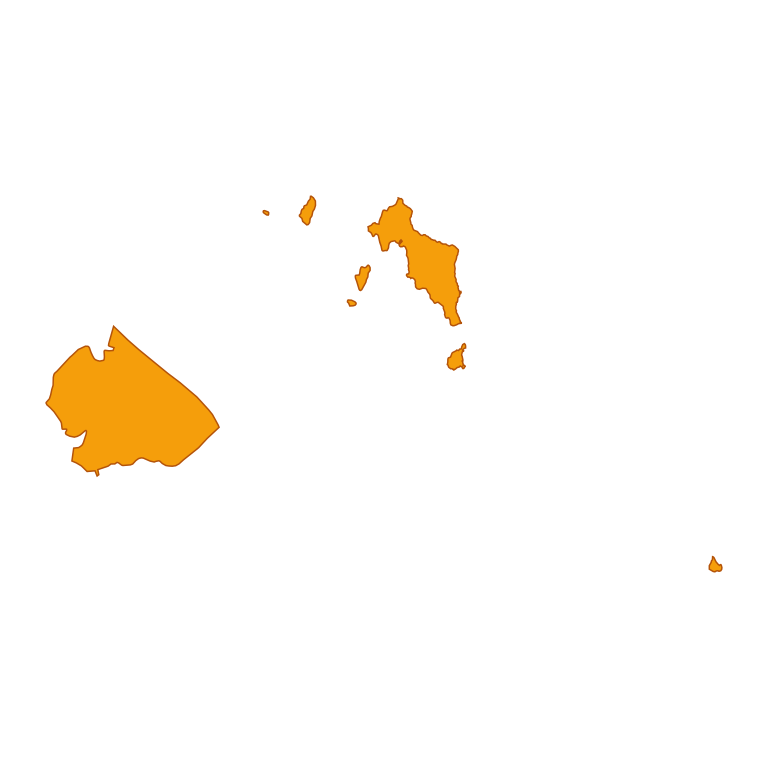 Hoi An, Quàng Nam, Vietnam
{"feature_id": "81297802B62948768430814", "entity_name": "Hoi An", "entity_type": "district", "adm_level": 2, "iso_a3": "VNM", "parent_name": "Vietnam", "parent_adm1": "Quàng Nam", "projection": "equal_earth", "projection_center": [108.484, 15.896], "detail": "fine", "context": "isolated", "style": "filled", "palette": "amber", "viewbox_px": 768, "rotation_deg": 0, "n_neighbors": 0, "source": "geoboundaries", "source_scale": "gbopen_adm2", "svg_char_len": 6080}
<svg xmlns="http://www.w3.org/2000/svg" viewBox="0 0 768 768"><path d="M73.7,448.1L71.9,461.0L76.3,462.9L81.4,465.9L87.1,471.5L95.0,470.8L97.1,476.0L98.8,474.7L97.8,469.6L108.2,466.1L111.0,464.0L114.9,463.9L117.0,462.4L118.5,462.8L121.6,465.1L122.9,465.5L130.3,464.9L132.7,464.0L135.8,460.6L138.7,458.5L141.2,457.9L143.3,458.1L150.2,461.1L154.2,462.0L156.2,461.3L158.8,460.8L160.0,461.3L162.3,463.5L165.8,465.5L168.9,466.0L172.3,466.2L175.7,465.7L179.1,463.8L183.5,459.8L198.6,447.7L207.2,438.4L219.1,427.3L218.0,424.7L212.4,414.5L208.7,409.9L196.9,397.0L180.2,382.8L167.8,373.4L139.0,349.8L127.8,340.0L113.6,326.3L108.8,343.4L108.5,345.4L109.1,346.1L114.0,347.7L113.1,350.5L109.0,350.8L105.0,350.3L104.4,350.6L104.1,351.6L104.4,356.7L104.3,358.1L104.1,359.5L103.6,360.3L99.8,361.1L97.5,360.6L95.2,359.6L94.0,358.4L92.5,355.7L91.0,352.4L89.4,347.8L88.5,346.6L87.8,346.3L85.4,346.2L78.3,349.5L72.0,355.5L70.0,357.2L57.0,371.2L54.5,373.4L53.8,375.0L53.3,377.4L53.1,385.3L51.8,389.5L50.7,394.8L49.4,398.8L46.2,402.4L46.1,403.1L46.9,404.8L50.3,407.8L54.0,411.7L60.6,421.2L61.4,423.0L62.1,428.8L62.6,429.2L66.1,429.1L66.6,429.3L66.7,430.1L66.4,431.0L65.7,432.1L65.5,433.1L66.1,434.4L69.8,436.2L74.3,437.1L77.2,436.4L80.2,434.9L85.3,430.6L86.0,430.5L86.5,431.1L86.2,434.0L83.4,442.6L82.3,444.8L80.5,446.4L78.6,447.6L73.7,448.1ZM399.5,198.8L399.0,198.1L398.2,197.9L398.3,198.7L396.0,204.1L394.8,205.1L392.3,206.4L389.6,206.8L388.6,207.9L387.4,210.3L386.9,210.8L384.2,210.1L383.2,210.4L382.5,212.0L381.3,216.5L380.5,217.9L379.3,221.3L378.9,224.2L375.9,223.7L375.0,222.7L372.9,223.4L371.4,225.2L368.0,226.8L368.4,228.5L368.4,230.9L370.9,232.6L372.0,234.4L372.7,236.1L373.0,236.4L373.7,236.4L375.5,234.1L376.2,234.0L377.6,234.7L378.3,235.6L379.8,242.4L381.1,246.1L381.8,249.5L382.1,250.5L383.0,251.0L385.3,250.5L386.8,250.6L387.3,250.2L388.5,247.8L388.7,245.4L389.3,243.2L391.0,241.6L394.6,240.8L395.0,240.9L396.1,242.3L398.6,243.6L399.2,243.2L399.8,241.1L401.0,239.9L402.1,241.2L401.5,242.1L401.2,241.7L400.9,241.9L400.2,243.7L399.2,244.0L399.1,244.9L399.7,246.2L400.7,246.8L402.6,246.6L403.5,246.0L405.0,246.7L405.5,247.5L406.7,250.2L406.8,252.7L406.5,255.3L407.8,257.6L408.1,258.7L408.7,263.9L408.2,265.3L408.3,266.4L408.7,268.3L408.5,269.6L409.2,271.9L408.6,273.9L407.1,274.0L406.6,274.5L406.5,275.4L406.7,275.8L407.9,277.2L408.6,277.0L410.7,277.8L410.8,278.4L411.8,277.9L412.9,278.1L414.7,279.5L415.4,281.5L415.1,283.0L415.5,284.4L415.6,286.9L417.2,288.8L419.4,289.3L422.6,288.2L425.8,288.5L426.8,289.7L427.9,292.1L429.7,294.3L430.1,295.6L430.2,297.4L430.5,298.4L432.8,300.5L434.3,302.9L434.7,303.2L435.5,303.1L436.9,302.4L438.2,302.3L443.0,306.1L443.4,306.8L443.3,308.3L444.7,312.0L444.9,313.4L444.6,314.4L445.4,317.1L445.8,317.7L446.7,318.1L447.3,318.1L448.0,317.6L449.0,318.1L450.1,320.4L450.3,323.2L450.8,324.8L452.7,325.7L454.0,325.7L456.6,324.8L458.5,323.7L461.3,323.3L461.3,322.5L460.3,322.2L460.3,321.2L459.4,319.3L459.2,317.9L458.6,317.0L457.3,314.0L456.4,312.5L456.2,311.8L456.5,310.9L455.7,308.8L455.8,306.1L456.4,304.3L456.2,302.9L456.5,302.3L457.2,302.3L457.6,301.2L457.9,297.8L459.5,296.5L459.6,294.1L460.3,293.9L461.1,292.7L460.9,291.5L460.4,291.5L459.6,292.2L459.5,291.0L458.7,290.5L458.0,287.2L458.3,286.2L457.4,285.2L457.3,283.7L456.0,281.6L456.1,279.4L454.7,276.2L455.1,273.3L454.6,272.6L455.1,268.5L454.4,264.5L454.7,263.0L456.1,259.7L456.6,257.6L456.7,256.3L457.7,254.6L457.9,252.9L458.4,251.3L458.3,249.8L454.8,246.4L452.4,245.0L451.2,245.2L449.3,246.1L446.7,244.8L446.0,244.1L442.4,244.0L442.1,243.5L441.2,243.3L440.4,242.2L439.1,241.6L437.5,242.3L436.5,241.8L434.9,240.2L433.5,240.3L432.9,239.8L431.0,239.4L430.7,238.6L430.3,238.2L429.4,238.0L428.0,236.5L426.2,235.9L425.2,234.8L423.7,234.7L422.4,235.5L420.8,235.2L418.5,232.9L417.5,231.6L414.0,230.2L413.2,229.2L412.5,227.3L412.1,225.3L410.9,224.0L410.8,222.6L409.9,219.1L410.1,218.1L411.2,216.5L411.3,215.0L411.7,214.2L412.3,211.2L410.4,208.7L408.5,207.4L407.5,207.2L406.7,206.1L405.0,205.3L402.9,203.3L402.7,200.2L401.6,198.9L401.1,198.6L399.5,198.8ZM465.6,348.0L465.6,346.1L465.4,344.9L464.9,344.1L464.3,343.6L462.7,344.6L461.7,347.0L461.3,348.7L461.0,349.0L459.6,349.1L458.6,350.5L456.7,350.1L456.1,350.8L452.5,352.6L452.0,353.2L450.5,357.1L448.4,357.9L447.9,359.0L447.8,362.2L447.3,364.6L448.0,365.1L448.5,366.8L448.9,367.4L450.8,368.8L452.0,368.7L453.7,370.0L454.0,369.9L454.0,369.4L454.6,369.5L455.4,369.1L457.1,367.6L459.5,366.9L460.0,366.1L460.3,366.0L461.5,366.8L462.0,366.8L462.4,368.0L462.9,368.6L463.6,368.5L464.2,367.9L464.5,367.1L465.2,366.5L465.2,366.2L464.3,365.3L463.1,365.6L463.2,364.0L462.8,363.3L462.7,362.1L462.2,361.4L462.3,360.8L462.8,360.9L462.9,360.0L462.1,356.0L461.7,355.6L461.7,354.3L462.3,351.9L463.5,351.2L463.6,350.7L462.7,350.3L462.8,349.7L464.3,348.3L465.6,348.0ZM306.8,224.9L308.2,224.5L309.6,222.6L310.2,218.4L311.9,215.9L312.8,211.5L314.4,209.0L315.5,205.4L315.4,201.0L313.4,197.8L311.2,196.2L310.5,196.3L310.1,199.2L308.4,201.1L306.7,204.9L304.4,205.8L304.0,206.4L303.6,208.5L302.2,209.2L301.8,209.8L301.3,211.0L300.8,213.6L299.4,215.2L299.5,216.2L301.9,218.4L302.7,221.4L306.8,224.9ZM370.1,267.7L369.2,265.9L368.3,265.2L367.6,265.4L366.2,267.1L365.5,267.5L364.3,267.7L362.0,266.8L361.5,267.0L361.0,267.4L360.2,269.6L359.7,273.4L359.1,275.0L355.8,275.3L355.4,275.7L355.3,276.6L355.5,278.1L356.7,281.3L359.1,289.3L359.7,290.2L360.6,290.5L361.8,289.6L365.8,282.3L366.5,279.4L367.8,277.0L368.2,273.1L370.1,270.4L370.1,267.7ZM718.2,564.4L716.0,561.8L714.0,557.7L713.4,557.0L712.6,556.7L712.4,559.7L711.4,561.0L711.2,562.3L709.3,565.7L709.3,569.2L713.2,571.5L714.9,571.8L716.5,570.9L717.8,570.8L718.7,571.2L719.6,571.2L720.8,570.7L721.7,569.3L721.9,567.6L721.3,565.2L720.8,564.6L720.3,564.7L719.5,565.4L718.2,564.4ZM349.8,306.0L353.2,305.8L355.1,305.2L355.9,304.3L356.1,303.3L355.9,302.8L354.9,301.8L351.5,300.2L348.1,300.0L347.5,301.0L347.5,302.0L348.6,303.1L349.8,306.0ZM268.2,215.1L268.6,214.4L268.7,212.7L268.1,211.9L264.5,210.6L263.5,210.8L263.3,211.1L263.2,211.8L263.4,212.5L263.9,213.0L266.6,214.9L268.2,215.1Z" fill="#f59e0b" stroke="#b45309" stroke-width="1.5"/></svg>